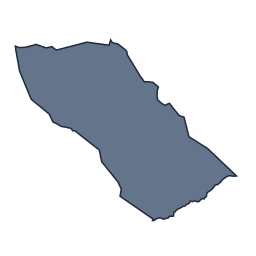 outline of João Dourado, Bahia, Brazil, rotated 83°
{"feature_id": "56859067B11161986118081", "entity_name": "João Dourado", "entity_type": "district", "adm_level": 2, "iso_a3": "BRA", "parent_name": "Brazil", "parent_adm1": "Bahia", "projection": "albers", "projection_center": [-41.539, -11.21], "detail": "fine", "context": "isolated", "style": "filled", "palette": "slate", "viewbox_px": 256, "rotation_deg": 83, "n_neighbors": 0, "source": "geoboundaries", "source_scale": "gbopen_adm2", "svg_char_len": 1848}
<svg xmlns="http://www.w3.org/2000/svg" viewBox="0 0 256 256"><g transform="rotate(83 128 128)"><path d="M222.8,115.0L223.0,113.5L221.8,111.6L221.2,109.2L221.0,106.7L222.4,104.8L222.9,103.2L222.4,101.9L222.3,100.4L222.1,98.7L220.7,98.0L220.9,95.5L221.1,93.8L219.3,93.1L217.3,92.7L216.9,91.2L215.5,90.2L214.6,88.3L213.4,84.8L212.5,82.9L212.3,80.5L210.9,79.4L210.8,77.9L209.9,76.2L208.2,75.1L209.0,72.7L208.3,70.5L209.6,68.6L209.6,66.1L208.3,65.0L207.1,62.8L207.7,61.0L206.4,60.1L205.6,58.6L203.9,58.1L202.1,57.5L201.2,56.1L200.3,54.2L198.7,51.6L196.6,49.6L195.1,48.2L195.1,45.8L193.8,44.1L193.2,42.7L191.7,41.5L190.2,39.5L189.1,37.6L188.5,36.2L187.8,34.6L187.8,32.6L188.4,30.5L188.8,28.4L188.8,26.2L157.7,51.8L155.6,54.5L154.6,55.8L144.0,68.6L136.6,69.5L134.2,69.8L124.1,71.1L121.9,75.6L114.1,80.6L108.6,83.8L109.3,86.8L110.2,88.0L107.6,91.7L104.9,94.0L103.5,95.2L101.9,95.2L100.5,95.3L99.0,95.1L97.3,94.9L95.6,94.6L94.2,94.3L92.6,93.6L91.3,92.8L89.7,93.9L88.3,95.4L86.9,96.6L85.7,97.8L85.3,99.4L84.9,100.9L84.5,102.6L84.2,104.5L84.2,106.1L76.8,110.2L74.5,111.1L55.0,119.9L52.5,119.7L50.1,121.0L48.3,122.8L47.0,124.1L44.2,126.9L43.2,128.1L42.6,129.6L42.0,132.0L40.9,133.4L38.5,134.5L43.5,136.8L37.8,158.3L41.9,189.3L41.1,190.6L38.0,193.5L38.5,199.5L36.2,204.2L33.8,209.2L34.4,212.3L34.6,214.0L35.4,219.9L35.2,222.8L35.0,225.7L34.5,227.1L33.8,228.5L33.0,229.8L37.8,229.8L58.1,228.7L64.3,227.0L75.6,223.9L77.7,223.3L87.6,220.6L104.6,204.5L111.9,202.1L113.4,201.3L114.0,199.8L115.2,198.2L116.8,196.1L118.2,194.3L118.8,192.5L119.2,190.9L119.6,189.5L120.3,188.0L121.1,185.4L122.2,184.0L123.9,183.5L124.2,181.2L131.4,174.1L146.3,159.2L149.5,158.9L151.9,158.8L158.4,158.2L180.2,144.6L185.7,142.8L187.8,142.1L189.4,142.6L194.7,144.2L196.3,142.5L217.4,118.8L219.8,116.1L221.3,114.3L222.8,115.0Z" fill="#64748b" stroke="#1e293b" stroke-width="1.5"/></g></svg>